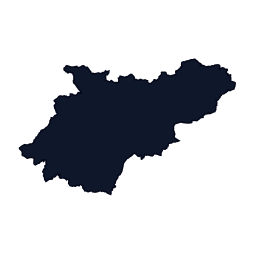 Thoen, Lampang, Thailand (orthographic projection), rotated 267°
{"feature_id": "78962969B16981445591053", "entity_name": "Thoen", "entity_type": "district", "adm_level": 2, "iso_a3": "THA", "parent_name": "Thailand", "parent_adm1": "Lampang", "projection": "orthographic", "projection_center": [99.304, 17.548], "detail": "fine", "context": "isolated", "style": "filled", "palette": "ink", "viewbox_px": 256, "rotation_deg": 267, "n_neighbors": 0, "source": "geoboundaries", "source_scale": "gbopen_adm2", "svg_char_len": 5840}
<svg xmlns="http://www.w3.org/2000/svg" viewBox="0 0 256 256"><g transform="rotate(267 128 128)"><path d="M186.3,221.7L186.2,220.7L186.4,220.3L186.2,217.8L185.5,217.1L185.7,215.1L185.0,213.5L185.3,211.6L185.0,209.5L185.1,208.3L185.9,207.7L186.4,206.5L186.2,205.6L186.8,205.3L186.3,204.3L186.7,203.4L187.9,204.3L188.7,203.4L189.1,202.4L191.5,200.3L191.8,199.6L192.9,198.8L193.2,198.0L192.8,196.3L192.8,194.0L192.1,192.8L191.7,189.4L190.9,188.8L191.2,187.2L190.8,185.5L190.3,185.1L188.1,184.8L186.6,185.1L186.2,183.9L184.4,182.8L183.8,181.5L183.1,181.4L182.3,178.7L179.3,178.7L178.9,178.5L177.6,172.4L178.4,171.5L178.8,169.4L181.4,168.6L181.7,168.2L181.9,164.6L181.5,164.3L180.5,164.5L179.6,164.2L177.4,161.6L175.8,161.7L174.7,159.8L173.7,159.3L174.8,157.3L174.8,156.6L173.8,156.2L171.5,153.6L171.2,152.4L171.6,150.8L172.0,150.4L173.1,150.0L174.2,150.0L174.4,148.9L175.2,147.6L174.9,146.3L174.9,145.0L175.5,144.2L175.9,142.9L175.7,142.2L175.0,141.5L175.3,141.2L175.1,140.7L175.6,139.2L176.2,138.4L175.8,137.3L176.6,136.8L177.7,136.9L179.0,136.5L181.3,134.5L181.3,133.2L179.3,130.2L179.3,128.8L178.7,127.6L179.0,126.1L179.5,125.6L179.4,125.2L180.2,122.9L178.8,122.2L178.3,121.0L176.7,121.4L175.3,121.2L174.0,120.8L173.9,120.2L173.3,119.6L174.2,118.4L173.9,117.7L174.1,116.4L174.8,115.4L175.5,114.9L175.5,114.2L176.2,113.9L176.1,113.4L175.5,113.3L175.2,112.9L175.1,111.1L175.9,110.5L176.0,109.5L177.1,108.4L181.5,108.2L182.2,108.8L182.3,110.4L183.2,110.7L184.1,111.6L185.9,111.9L185.4,110.3L185.7,109.8L185.5,109.0L186.2,108.5L184.4,107.1L184.8,105.8L183.9,105.3L184.2,104.4L183.6,103.7L184.5,101.5L183.8,96.9L184.3,96.5L184.7,93.7L186.3,93.7L187.3,92.7L189.9,91.2L190.4,90.4L190.8,90.3L190.6,89.5L191.0,88.3L191.9,87.7L192.5,86.8L192.2,85.0L191.7,84.7L191.3,83.2L190.8,82.7L190.7,82.1L190.8,81.6L191.4,81.1L191.4,80.5L192.2,80.1L191.7,76.3L191.9,74.0L192.8,72.1L193.4,69.9L192.9,69.2L192.0,68.7L190.9,67.2L189.0,67.4L188.3,68.6L187.5,69.0L187.4,69.9L186.4,70.4L186.2,71.4L187.0,72.1L186.3,74.3L185.6,75.4L184.4,76.3L183.5,76.3L182.1,76.9L181.2,76.6L179.1,76.6L178.3,76.0L176.0,76.1L174.0,78.0L171.7,79.2L170.9,80.3L170.1,80.2L167.5,82.3L166.4,82.5L165.4,83.3L165.4,82.6L166.0,80.2L163.7,78.5L163.4,77.4L163.7,76.6L163.1,75.6L164.6,74.6L165.0,72.2L163.1,72.1L162.2,70.7L162.2,68.6L163.1,67.9L162.9,66.5L163.5,66.0L163.0,64.5L163.1,63.3L163.5,62.9L163.5,61.8L163.3,61.0L162.4,60.0L161.3,59.2L160.7,57.8L160.3,57.5L159.4,55.8L158.8,55.8L157.0,57.4L156.0,57.2L154.3,55.6L153.4,55.6L152.3,56.0L151.5,55.9L150.5,56.6L147.5,57.3L146.2,58.4L145.8,58.3L144.7,57.2L144.2,55.6L143.1,54.6L142.2,54.8L141.8,54.5L142.3,52.0L141.5,52.0L140.9,51.4L139.7,51.0L139.0,50.3L137.9,50.5L136.9,50.1L133.9,48.2L132.5,46.0L131.1,44.5L130.1,41.2L128.1,40.2L127.6,39.2L126.7,39.0L126.4,38.3L124.1,37.2L123.6,35.8L122.0,35.2L120.7,33.6L118.6,33.1L117.3,31.6L117.0,30.8L117.2,29.4L116.2,26.6L116.8,23.8L115.3,20.8L113.7,18.6L112.8,18.7L111.6,19.8L111.6,20.7L111.2,21.0L110.2,20.8L109.2,21.2L106.6,20.9L105.9,21.5L105.5,22.8L103.1,25.7L103.7,29.2L103.4,31.4L102.7,32.4L102.1,32.7L97.9,32.2L96.8,32.5L96.0,33.5L97.5,36.5L97.5,37.5L98.5,38.1L99.1,39.5L100.3,40.4L100.1,41.6L99.0,41.7L98.9,42.0L99.5,42.5L100.6,42.6L100.6,44.1L98.5,44.5L97.5,44.2L95.9,44.8L94.5,43.0L92.3,43.1L91.2,41.8L88.7,40.6L86.4,42.2L85.5,41.3L84.7,41.2L82.8,42.1L81.0,42.1L78.9,43.3L80.8,46.3L81.0,49.6L82.0,50.2L83.2,50.1L83.0,52.3L83.9,53.3L85.5,54.4L85.5,54.9L84.5,55.9L85.6,56.2L85.8,56.5L85.0,57.5L82.4,57.0L81.5,57.7L81.4,58.6L81.6,60.3L81.4,61.2L80.9,62.6L79.4,63.9L80.0,65.1L79.3,66.1L77.9,66.2L75.9,65.8L73.5,67.1L72.8,69.5L73.0,70.7L72.6,72.6L73.3,73.5L73.4,74.3L72.9,76.3L74.0,77.0L74.2,78.0L72.3,79.8L70.5,79.8L68.7,81.1L67.5,81.5L67.5,82.4L67.1,83.2L67.1,84.2L66.4,84.7L67.3,88.3L67.2,88.6L66.2,89.2L65.7,91.8L66.0,94.4L66.4,94.7L66.7,97.0L66.6,97.8L66.1,98.3L66.5,99.3L65.5,101.6L65.6,102.8L64.2,103.9L62.6,107.2L63.9,107.7L65.3,107.4L65.9,107.7L67.0,109.2L67.9,109.0L69.2,109.3L69.0,110.5L69.4,111.1L69.9,111.2L69.7,112.0L70.2,112.4L70.6,112.4L71.5,111.3L72.6,111.1L73.8,112.4L75.1,112.6L76.6,113.3L79.0,115.2L81.0,115.6L81.9,117.6L85.1,119.5L88.6,120.5L89.1,120.4L89.7,120.9L90.1,120.8L93.3,121.7L97.6,125.3L98.1,126.9L99.1,127.9L99.9,129.6L100.8,130.8L101.4,130.9L101.3,131.1L102.6,132.9L101.5,134.7L99.6,136.2L99.2,137.0L99.1,137.8L100.1,138.6L99.8,139.4L96.2,139.8L96.5,140.7L97.2,141.0L97.6,142.1L100.8,143.5L99.9,144.7L100.1,145.6L99.8,148.0L99.2,149.0L98.9,150.9L99.4,151.6L100.8,152.6L101.0,153.4L100.1,156.5L99.0,158.9L99.0,159.5L101.4,159.6L103.6,160.9L104.9,161.3L105.2,161.9L104.9,164.1L105.6,164.8L105.7,165.5L106.8,165.7L107.5,166.8L108.7,167.2L109.7,167.2L110.3,167.8L110.7,168.9L110.8,170.7L111.8,172.5L111.6,174.6L112.1,175.5L112.0,176.6L112.6,178.3L114.7,175.2L116.0,173.7L116.6,173.5L119.7,174.4L121.1,173.8L122.3,173.8L123.6,173.1L125.1,173.5L126.8,173.4L128.2,174.0L129.8,175.2L131.3,181.2L130.7,182.8L130.1,186.2L129.8,188.9L130.0,191.4L130.4,192.0L131.8,192.1L132.1,192.4L132.1,195.4L131.7,197.1L133.7,200.1L134.6,201.0L134.7,203.5L136.7,203.6L137.1,205.0L137.9,205.8L138.0,207.8L139.0,209.1L138.1,209.5L138.3,211.3L139.5,214.0L139.8,215.5L141.7,216.6L143.0,216.5L143.6,216.8L145.3,216.8L146.2,217.9L147.0,217.5L148.2,218.0L149.2,218.0L150.2,217.5L151.1,217.6L151.0,218.7L151.6,219.6L152.9,220.4L153.7,221.4L154.7,221.6L155.8,222.9L156.8,223.5L157.3,225.7L158.1,226.7L158.4,227.8L159.2,228.4L159.7,229.5L160.7,229.8L160.3,230.5L160.1,232.3L160.5,232.8L161.5,235.8L164.7,237.0L167.4,237.4L167.9,236.9L169.6,232.6L171.0,233.1L172.6,233.2L174.5,232.9L175.5,233.3L175.8,232.8L175.2,231.9L175.1,230.7L176.0,230.9L177.0,230.5L177.5,229.5L178.1,229.0L179.2,229.0L180.4,230.2L181.4,230.1L181.6,227.8L182.8,226.8L183.2,225.7L183.0,224.7L181.8,222.5L182.6,222.1L183.9,222.9L184.8,222.9L185.7,222.6L186.3,221.7Z" fill="#0f172a" stroke="#020617" stroke-width="1.5"/></g></svg>